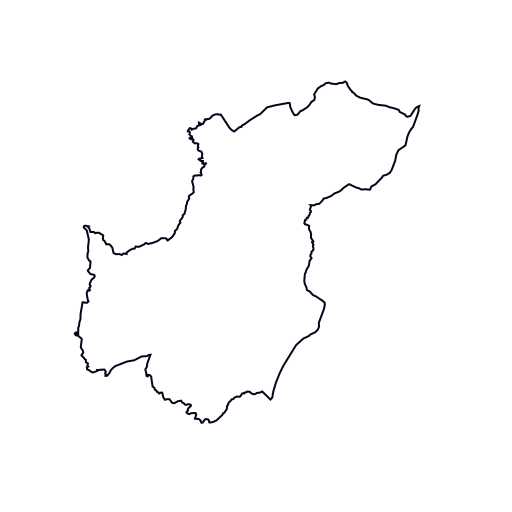 the district of Villa De Leyva, Boyacá, Colombia, rotated 346°
{"feature_id": "7082276B92158404530910", "entity_name": "Villa De Leyva", "entity_type": "district", "adm_level": 2, "iso_a3": "COL", "parent_name": "Colombia", "parent_adm1": "Boyacá", "projection": "orthographic", "projection_center": [-73.539, 5.662], "detail": "fine", "context": "isolated", "style": "outline", "palette": "ink", "viewbox_px": 512, "rotation_deg": 346, "n_neighbors": 0, "source": "geoboundaries", "source_scale": "gbopen_adm2", "svg_char_len": 6076}
<svg xmlns="http://www.w3.org/2000/svg" viewBox="0 0 512 512"><g transform="rotate(346 256 256)"><path d="M450.6,150.0L448.1,150.4L446.2,151.4L439.8,157.4L436.9,157.6L436.1,157.2L435.2,156.3L434.9,154.9L430.3,150.9L429.8,148.7L426.1,146.3L421.2,143.7L418.4,141.6L411.4,139.0L407.3,136.9L405.8,135.6L403.4,132.2L402.0,131.0L395.4,127.6L392.1,124.7L390.1,121.1L389.0,120.2L388.8,118.9L388.1,118.0L386.7,114.6L386.0,111.7L386.2,110.5L384.9,108.3L383.9,108.3L382.3,109.0L378.5,108.3L375.5,108.7L370.4,106.8L369.0,105.6L367.8,105.3L364.8,105.4L363.4,106.4L360.3,106.9L356.5,108.4L351.5,113.3L351.6,116.3L350.2,118.8L347.0,119.9L345.0,121.8L341.9,124.0L336.1,126.0L334.2,126.1L330.5,128.9L327.4,128.7L326.2,124.9L325.3,119.9L325.7,115.8L324.4,115.3L310.8,114.4L302.8,114.4L294.3,119.4L291.2,120.0L282.5,122.9L277.2,125.2L273.8,126.1L273.2,127.2L271.2,127.0L265.0,129.9L262.8,127.9L261.2,125.0L256.1,110.3L254.6,110.0L252.8,109.0L250.0,108.8L247.2,109.5L245.8,110.7L243.6,111.7L242.2,111.3L240.8,111.7L240.3,111.0L239.7,111.0L239.3,111.2L239.0,112.4L236.4,115.1L234.8,114.7L232.9,112.8L232.6,114.5L233.3,115.5L230.5,115.6L228.7,117.7L225.7,117.4L224.3,117.9L223.7,116.4L222.8,115.9L220.7,117.5L220.0,118.6L221.7,119.3L221.7,120.4L220.8,122.0L221.8,123.7L222.7,124.3L222.7,125.5L222.2,125.9L220.7,125.3L220.1,125.5L220.0,126.0L222.2,127.5L222.8,127.3L223.4,127.8L223.3,128.8L222.4,129.9L223.8,131.9L226.2,132.4L227.2,133.5L226.1,135.4L226.4,136.6L225.7,137.0L225.3,139.0L225.8,139.8L228.2,141.5L228.6,143.9L227.5,146.6L227.8,148.0L224.1,147.9L223.7,148.3L225.6,150.5L227.5,151.0L227.2,152.1L226.3,152.7L226.4,153.3L227.8,153.9L229.6,153.7L229.8,154.2L228.0,155.4L227.3,156.8L225.2,157.4L223.7,158.7L223.1,160.8L222.4,161.5L222.9,162.9L222.7,164.4L221.4,164.5L220.5,163.8L217.8,163.6L216.6,163.1L214.6,163.5L213.7,166.1L212.1,167.8L212.1,174.5L211.3,176.0L211.1,178.9L209.8,179.9L206.1,181.2L205.2,181.9L205.2,183.9L202.2,187.0L201.7,188.4L200.1,190.7L199.3,193.3L196.8,197.8L194.8,198.7L194.3,200.5L190.4,203.8L190.3,204.4L190.7,205.3L190.4,205.6L188.1,207.4L186.0,210.7L183.4,212.1L182.7,214.2L179.1,217.4L174.0,219.6L173.7,219.3L173.4,217.6L172.3,216.8L168.5,215.8L164.0,217.7L158.4,218.3L154.2,218.2L152.3,216.7L149.8,217.8L145.2,218.7L143.9,218.6L141.7,217.7L139.9,219.5L138.0,219.1L135.0,219.8L132.1,221.0L131.3,221.4L130.9,222.8L128.3,221.5L126.0,222.5L124.4,221.3L120.2,220.2L118.5,218.5L118.6,213.2L117.8,211.1L116.3,209.0L113.6,208.5L112.8,205.1L111.6,203.4L111.8,201.3L112.7,199.5L112.6,198.8L109.1,195.4L106.7,194.9L105.4,195.0L104.6,193.5L101.2,192.7L100.9,188.6L100.1,187.4L100.9,186.8L97.7,185.3L96.4,185.4L96.0,185.8L95.8,186.8L97.8,189.8L98.0,191.0L97.8,199.7L95.0,207.2L94.5,210.7L93.0,213.3L92.1,216.6L92.9,219.9L94.0,221.0L94.0,221.7L92.0,227.4L89.4,229.2L89.3,229.9L91.0,233.5L94.2,235.0L94.7,235.7L94.6,236.6L93.6,237.9L90.8,239.1L88.0,242.6L87.7,244.2L88.3,245.0L87.9,245.8L86.4,246.7L86.6,249.0L85.9,249.3L85.3,248.5L84.7,248.5L82.9,250.6L82.4,253.4L82.2,258.7L82.5,259.5L80.6,260.5L76.5,259.0L71.6,270.2L70.4,274.8L68.5,277.8L67.3,281.1L66.2,282.5L64.6,288.7L64.0,288.6L63.0,286.6L61.4,287.3L61.9,289.3L63.9,290.1L66.5,293.6L66.8,294.7L64.0,301.8L64.0,302.8L65.1,305.8L65.0,307.7L64.7,308.3L63.0,309.6L62.6,310.3L64.2,312.8L65.0,314.8L65.8,315.6L65.3,317.9L66.9,319.6L66.0,321.7L66.5,322.7L64.9,323.0L64.8,325.3L66.0,326.0L68.4,328.8L69.8,329.6L74.3,329.1L74.5,328.9L74.4,328.2L76.4,328.8L77.7,328.6L79.1,329.2L81.1,329.3L81.9,330.5L82.2,332.2L81.2,333.5L81.6,334.8L80.9,335.8L81.5,336.1L82.3,335.8L82.7,336.1L83.7,335.4L85.5,334.1L87.1,332.1L89.4,330.4L92.7,328.8L105.3,327.2L112.6,327.7L120.8,325.8L125.5,326.7L128.4,326.1L129.7,326.3L124.6,333.8L123.0,337.6L121.4,338.9L121.1,340.6L121.2,343.2L120.7,345.8L121.9,346.6L122.5,345.3L123.4,345.5L124.2,346.0L125.1,347.5L124.1,357.7L125.5,359.3L125.5,361.2L126.6,362.2L127.0,363.8L128.3,364.7L128.7,366.0L130.6,365.5L131.9,365.9L131.9,370.9L132.9,373.5L134.8,373.4L137.4,374.0L138.8,377.6L139.6,378.6L141.3,379.0L145.1,378.0L148.4,378.3L148.9,380.3L150.1,381.1L151.3,383.1L152.1,383.5L154.4,383.4L156.6,384.5L156.8,385.0L156.2,386.0L153.7,387.3L152.7,388.4L152.5,389.6L150.9,390.4L150.7,391.0L151.2,392.0L152.5,393.0L153.9,393.2L155.2,392.8L159.5,393.8L159.6,395.4L157.4,399.1L160.8,400.2L162.4,402.0L162.5,404.0L163.0,404.8L164.0,404.7L166.7,402.4L168.0,402.1L170.1,403.1L170.5,404.1L170.4,406.1L171.3,406.5L174.0,406.7L178.0,405.9L185.0,402.0L185.8,400.8L187.1,400.6L190.6,397.5L191.7,394.4L193.0,393.6L193.3,392.6L194.3,391.4L195.9,390.7L197.7,389.2L199.2,389.4L200.6,388.3L202.4,387.9L203.9,387.8L205.3,388.5L206.8,388.4L209.2,386.2L210.7,386.0L211.4,386.5L212.3,385.7L213.9,385.9L214.9,385.4L217.2,386.4L217.6,387.4L219.9,389.5L222.2,389.7L223.6,389.1L227.0,389.5L229.2,388.9L235.3,398.8L237.5,397.3L240.3,391.1L244.9,383.4L251.0,375.0L256.1,369.0L273.4,352.1L282.1,347.5L287.6,346.5L290.2,345.2L294.9,344.4L298.3,342.3L300.1,339.8L300.8,336.0L308.7,324.5L310.6,320.9L311.4,318.1L310.0,315.9L304.4,309.7L301.9,307.8L299.7,303.6L297.2,301.4L297.3,298.6L296.6,294.8L296.8,291.9L299.2,284.9L299.8,284.6L301.6,281.6L304.8,278.4L307.1,273.2L307.9,272.9L309.4,271.5L308.6,269.6L309.0,268.2L310.3,267.2L310.8,265.4L312.9,264.2L313.7,262.3L313.5,260.4L314.5,258.7L313.7,256.3L313.8,256.0L314.8,256.0L315.2,255.6L313.7,251.8L314.8,247.9L314.7,245.7L313.9,242.5L314.8,239.7L313.8,238.6L311.1,236.9L310.8,235.6L311.7,234.5L312.2,233.0L313.8,232.7L314.5,231.2L315.8,231.4L316.5,230.2L318.2,228.7L318.7,227.2L320.0,226.6L320.1,225.6L319.4,224.2L321.1,221.5L321.6,220.4L321.3,219.9L324.6,220.9L327.2,220.3L330.0,220.7L333.8,218.3L335.6,216.6L337.8,216.8L343.7,215.9L346.9,214.4L352.4,213.6L355.1,212.5L357.3,211.1L363.3,208.9L364.6,209.3L365.5,210.3L369.7,213.7L372.2,215.1L374.1,216.9L378.2,217.7L382.6,219.2L384.9,216.4L389.1,215.4L397.3,210.3L398.7,208.9L402.7,208.7L406.0,207.7L408.7,205.0L414.1,197.2L416.5,191.9L418.7,189.1L420.0,187.7L427.2,185.1L428.0,184.4L431.9,176.6L434.5,173.1L437.0,170.6L439.6,168.7L446.8,158.1L448.8,154.7L449.7,151.4L450.6,150.0Z" fill="none" stroke="#020617" stroke-width="2"/></g></svg>